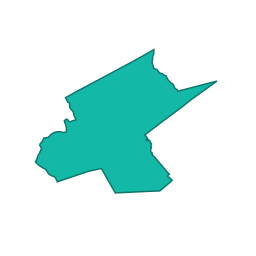 outline of Santa Cruz, Rio Grande do Norte, Brazil, rotated 255°
{"feature_id": "56859067B931800959564", "entity_name": "Santa Cruz", "entity_type": "district", "adm_level": 2, "iso_a3": "BRA", "parent_name": "Brazil", "parent_adm1": "Rio Grande do Norte", "projection": "mercator", "projection_center": [-35.999, -6.27], "detail": "fine", "context": "isolated", "style": "filled", "palette": "teal", "viewbox_px": 256, "rotation_deg": 255, "n_neighbors": 0, "source": "geoboundaries", "source_scale": "gbopen_adm2", "svg_char_len": 1519}
<svg xmlns="http://www.w3.org/2000/svg" viewBox="0 0 256 256"><g transform="rotate(255 128 128)"><path d="M59.0,142.5L65.9,157.1L69.1,155.5L70.7,153.9L72.2,154.6L72.8,156.0L74.9,154.7L94.2,145.6L96.0,144.4L97.5,144.9L98.9,143.9L100.7,144.1L102.1,144.9L103.7,145.6L105.1,145.5L106.5,146.6L108.4,145.8L110.4,145.7L111.5,144.4L110.9,142.8L112.3,142.8L113.0,144.1L115.1,143.4L116.9,142.3L126.1,164.7L134.8,186.7L139.1,196.4L149.0,222.7L150.3,226.1L150.5,204.5L150.6,185.5L152.1,185.5L153.7,184.0L155.1,183.4L158.6,182.9L160.5,181.1L163.9,179.3L165.4,178.8L168.7,178.3L170.0,175.9L171.9,175.0L172.8,172.8L174.9,171.9L176.9,171.2L177.9,169.7L179.2,168.2L180.8,168.5L182.3,168.1L185.8,168.4L188.4,169.7L190.4,170.1L192.7,172.0L194.4,172.4L197.0,173.3L191.8,153.2L188.5,139.1L185.1,124.7L176.8,88.8L173.5,75.5L169.9,76.2L168.4,76.5L167.1,78.2L163.4,77.0L161.4,77.5L158.2,79.1L156.1,79.4L153.7,79.1L150.8,79.8L149.3,79.7L149.3,77.2L149.0,74.0L149.6,72.6L151.5,72.0L152.5,70.9L151.6,68.4L149.7,68.3L147.9,68.6L145.6,68.7L143.0,68.2L140.9,67.8L140.0,66.4L140.7,63.7L141.9,61.7L142.7,58.3L142.9,56.7L141.9,52.0L140.7,50.6L139.6,48.4L139.9,45.9L140.0,43.9L138.1,42.6L136.6,40.9L135.5,39.0L133.7,38.3L130.7,39.2L126.9,36.2L125.4,34.8L124.5,33.7L122.6,32.7L121.3,31.7L119.4,29.9L116.5,31.2L113.8,33.3L112.1,34.9L110.5,36.4L109.7,37.6L103.6,39.8L101.6,41.9L100.3,43.8L98.7,45.1L94.3,45.8L94.9,54.6L96.2,75.5L96.4,78.3L95.8,91.8L68.6,98.9L65.2,114.4L61.5,131.5L59.0,142.5Z" fill="#14b8a6" stroke="#0f766e" stroke-width="1.5"/></g></svg>